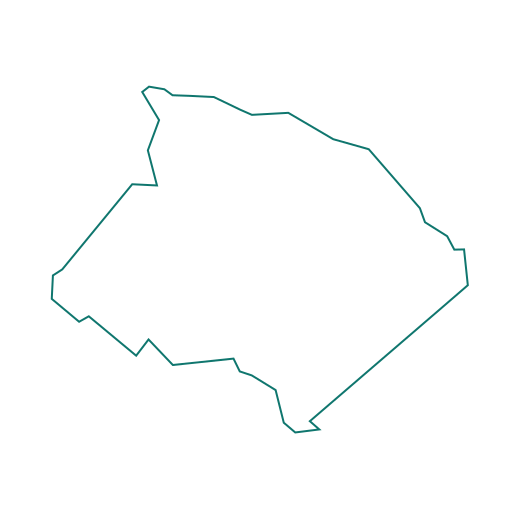 Bibb, Georgia, United States of America (Robinson projection), rotated 174°
{"feature_id": "52423323B78226819496171", "entity_name": "Bibb", "entity_type": "district", "adm_level": 2, "iso_a3": "USA", "parent_name": "United States of America", "parent_adm1": "Georgia", "projection": "robinson", "projection_center": [-83.68, 32.807], "detail": "fine", "context": "isolated", "style": "outline", "palette": "teal", "viewbox_px": 512, "rotation_deg": 174, "n_neighbors": 0, "source": "geoboundaries", "source_scale": "gbopen_adm2", "svg_char_len": 646}
<svg xmlns="http://www.w3.org/2000/svg" viewBox="0 0 512 512"><g transform="rotate(174 256 256)"><path d="M438.8,209.1L428.6,213.5L385.6,169.4L371.6,184.2L350.1,156.3L289.1,156.3L284.2,142.9L272.7,137.7L250.5,120.6L245.8,87.3L235.4,76.4L211.2,76.9L219.7,86.1L77.3,184.7L68.1,191.1L48.4,204.8L48.4,240.8L58.1,241.6L63.8,255.7L84.4,271.9L88.0,286.4L132.7,350.4L167.0,364.1L208.9,395.0L245.2,396.8L245.3,396.8L256.5,403.2L281.3,418.5L305.2,422.2L322.2,424.6L329.7,431.4L344.7,435.6L352.0,431.0L338.2,401.3L352.5,372.4L347.1,336.5L371.6,340.3L450.1,262.9L460.0,257.9L463.6,234.7L438.8,209.1Z" fill="none" stroke="#0f766e" stroke-width="2"/></g></svg>